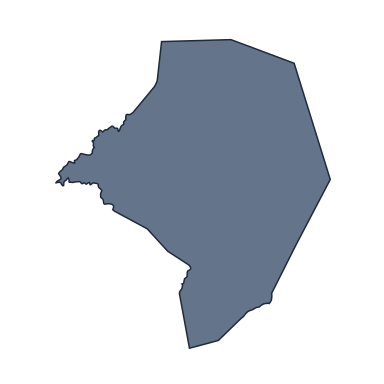 El Rosario, Olancho, Honduras, rotated 276°
{"feature_id": "27666195B45441120072404", "entity_name": "El Rosario", "entity_type": "district", "adm_level": 2, "iso_a3": "HND", "parent_name": "Honduras", "parent_adm1": "Olancho", "projection": "orthographic", "projection_center": [-86.7, 14.904], "detail": "fine", "context": "isolated", "style": "filled", "palette": "slate", "viewbox_px": 384, "rotation_deg": 276, "n_neighbors": 0, "source": "geoboundaries", "source_scale": "gbopen_adm2", "svg_char_len": 5468}
<svg xmlns="http://www.w3.org/2000/svg" viewBox="0 0 384 384"><g transform="rotate(276 192 192)"><path d="M150.9,301.2L218.9,328.2L330.7,280.1L347.6,214.8L338.4,146.0L299.7,145.8L298.2,145.6L297.3,145.3L296.1,144.9L293.0,143.7L264.7,124.9L263.9,123.9L263.1,123.1L262.9,122.9L262.7,122.5L262.5,122.1L262.5,121.5L262.4,121.0L262.4,119.9L262.4,119.2L262.2,118.9L261.9,118.6L261.6,118.5L261.4,118.4L260.8,118.3L260.3,118.3L259.8,118.3L257.8,118.5L257.0,118.6L256.8,118.5L256.6,118.4L256.1,117.8L255.4,117.3L254.9,116.9L254.7,116.8L254.2,116.7L253.8,116.7L253.5,116.8L252.9,117.0L252.7,117.1L252.3,117.1L252.2,117.0L251.8,116.5L250.9,115.3L250.6,115.0L250.2,114.8L249.9,114.6L249.0,114.3L246.0,113.5L245.2,113.2L244.8,112.9L244.7,112.7L244.7,112.4L244.9,112.3L245.4,112.1L247.2,111.5L247.4,111.4L247.5,110.3L247.5,108.7L247.5,108.4L247.7,108.1L247.9,107.9L248.6,107.1L248.9,106.7L249.1,106.3L249.1,106.1L249.1,105.9L249.1,105.5L248.9,105.1L248.6,104.8L248.1,104.2L246.7,102.7L245.9,101.9L245.2,101.4L245.0,101.1L244.8,99.2L244.7,99.0L243.8,98.1L242.7,97.3L242.4,97.0L242.4,96.9L243.6,94.9L243.7,94.6L243.7,94.2L243.7,93.9L243.6,93.5L243.4,93.3L243.0,93.1L242.7,93.0L241.8,92.9L241.3,92.9L240.4,93.1L239.1,93.3L238.7,93.3L238.2,93.1L237.8,92.5L237.0,91.7L236.5,91.2L235.8,90.3L235.5,89.6L235.3,89.4L235.1,89.3L234.7,89.3L234.2,89.4L233.8,89.5L233.3,89.3L233.0,89.1L232.9,88.9L232.8,88.6L232.9,88.1L232.8,87.8L232.7,87.7L232.4,87.5L232.2,87.4L231.8,87.7L231.4,88.2L231.0,88.6L230.8,88.8L230.2,88.9L229.5,89.0L229.0,89.0L228.3,88.9L227.8,89.0L227.5,89.1L226.9,89.4L226.7,89.6L226.4,90.0L226.1,90.2L225.9,90.1L225.7,89.7L225.0,89.5L224.4,89.1L224.1,89.0L223.6,88.8L223.1,88.7L222.4,88.6L221.5,88.6L220.8,88.7L220.5,88.7L220.1,88.6L219.6,88.3L219.3,88.1L219.0,87.8L218.8,87.6L218.6,87.2L218.3,86.8L218.1,86.3L218.0,85.9L217.9,85.5L217.9,84.5L217.9,84.0L218.2,81.0L218.6,78.2L218.6,77.7L218.5,77.4L218.4,77.2L217.9,76.9L217.4,76.7L216.7,76.5L216.4,76.4L213.8,75.1L213.3,74.8L212.4,74.0L211.8,73.4L211.4,72.9L211.4,72.7L211.3,72.4L211.2,72.2L211.0,71.9L210.9,71.8L210.7,71.8L210.2,71.9L209.9,72.0L209.5,72.2L209.1,72.3L208.7,72.4L208.5,72.2L208.5,71.7L208.7,69.8L208.8,69.6L209.0,69.2L209.1,68.9L209.3,68.0L209.5,67.3L209.5,66.9L209.5,66.7L209.4,66.4L209.2,66.2L207.2,65.4L206.5,65.1L206.1,64.9L205.4,64.3L204.8,63.7L204.2,63.0L203.7,62.2L203.2,61.8L203.0,61.6L202.1,61.3L200.9,60.8L200.4,60.5L199.8,60.0L199.0,59.1L198.0,58.3L197.7,58.0L197.2,57.8L196.6,57.5L196.3,57.4L195.0,58.5L194.4,59.1L193.4,59.7L192.6,60.2L192.3,60.3L192.0,60.4L191.7,60.4L191.3,60.3L191.0,60.0L190.4,59.2L189.3,57.6L188.5,56.8L188.0,56.4L187.5,56.1L187.1,55.8L186.9,55.8L186.9,56.0L187.1,56.2L187.2,56.5L187.8,58.8L187.8,59.1L187.7,59.6L187.6,59.9L187.5,60.2L187.3,60.5L187.1,60.7L186.9,60.9L186.4,61.1L186.3,61.3L185.9,61.6L185.8,61.8L185.7,62.0L185.1,62.2L184.9,62.4L184.8,62.7L184.7,62.9L184.7,63.1L184.8,63.3L185.0,63.6L185.3,63.7L185.7,63.7L186.5,63.6L187.8,63.6L188.3,63.6L188.9,63.8L189.2,64.0L189.5,64.2L189.7,64.5L190.0,64.9L190.2,65.2L191.0,66.0L191.4,66.2L191.7,66.3L192.2,66.4L192.5,66.6L192.8,66.9L192.9,67.1L193.0,67.3L192.9,67.5L192.6,67.7L191.3,68.4L190.7,68.7L190.3,68.7L189.8,68.6L189.5,68.6L189.3,68.7L189.0,68.8L188.9,68.9L188.9,69.0L188.9,69.3L189.0,69.8L189.0,71.3L189.0,71.9L189.0,72.2L189.1,72.6L189.4,73.4L189.8,74.9L190.4,77.8L190.5,78.7L190.5,79.1L190.5,79.4L190.4,79.7L190.3,79.9L190.2,80.1L190.0,80.3L189.6,80.6L189.2,80.9L189.0,81.2L188.8,81.5L188.8,81.9L188.9,82.2L189.0,82.6L189.2,82.8L189.6,83.3L189.8,83.7L189.8,84.0L189.7,84.3L189.6,84.5L189.2,85.0L188.8,85.7L188.7,86.0L190.3,88.0L190.6,88.5L190.7,88.9L190.7,89.1L189.1,89.7L188.7,89.8L188.6,90.1L188.7,90.4L188.9,90.7L190.4,92.4L190.6,92.7L190.7,92.9L190.8,93.4L190.7,94.1L190.5,95.9L190.5,96.9L190.4,97.1L190.3,97.3L190.2,97.5L189.9,97.8L189.7,98.0L189.0,98.1L188.9,98.1L188.6,98.0L187.2,98.6L186.9,98.8L186.5,99.1L186.1,99.6L185.5,100.6L185.1,101.1L184.5,101.7L184.2,101.9L183.9,102.0L183.7,102.0L183.2,102.0L182.5,101.8L181.4,101.4L181.2,101.4L180.7,101.3L180.1,101.3L179.7,101.4L179.1,101.5L178.0,101.7L177.4,101.7L177.2,101.8L176.9,102.2L176.6,102.7L176.3,103.2L176.0,103.5L175.5,104.0L175.0,104.4L174.5,104.6L174.0,104.8L173.6,104.9L172.8,105.0L171.9,105.3L171.4,105.5L171.2,105.7L171.0,105.9L170.9,106.1L170.8,106.3L170.8,106.9L171.0,107.6L171.4,108.7L171.5,109.1L171.6,109.5L171.5,110.1L171.7,110.5L171.6,111.6L171.5,112.7L171.4,113.5L171.2,114.0L170.9,114.5L170.7,114.8L170.4,115.0L169.9,115.4L169.7,115.5L169.1,115.6L168.7,115.6L168.0,115.5L167.0,115.3L166.2,115.0L164.9,116.7L164.7,117.2L150.7,151.3L130.5,174.1L118.8,197.0L117.9,197.7L117.4,198.1L116.7,198.5L116.2,198.6L115.9,198.6L115.4,198.6L115.1,198.5L114.8,198.3L114.3,197.9L114.1,197.6L113.8,197.3L113.7,197.1L113.6,196.7L113.4,196.4L113.1,196.1L112.7,195.9L111.9,195.7L111.1,195.7L109.5,195.8L107.8,195.9L107.6,195.9L107.3,195.9L107.1,195.8L106.7,195.5L106.1,194.9L105.3,194.0L105.0,193.8L104.8,193.6L104.6,193.6L103.8,193.6L102.5,193.3L101.6,193.4L101.2,193.4L100.9,193.4L100.6,193.2L100.2,193.0L99.9,192.6L99.7,192.2L99.4,191.6L98.9,192.3L97.6,192.3L95.3,192.1L93.9,191.6L93.6,191.3L92.7,190.8L91.7,190.3L90.1,190.0L89.0,190.3L36.4,205.8L47.1,233.7L70.7,253.4L73.7,256.3L76.6,258.0L78.9,260.0L80.0,261.7L81.5,264.9L83.0,266.6L83.7,267.9L84.4,269.7L84.8,271.1L86.2,272.3L87.0,273.2L88.3,275.1L88.7,276.5L89.4,279.5L89.1,280.4L91.1,281.6L92.9,282.3L97.1,282.3L99.6,281.8L150.9,301.2Z" fill="#64748b" stroke="#1e293b" stroke-width="1.5"/></g></svg>